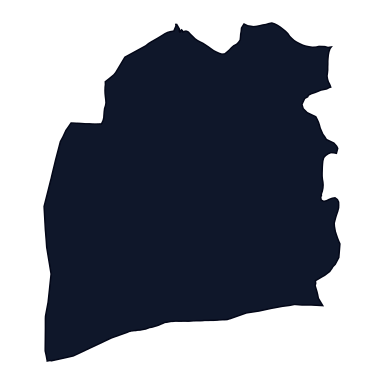 outline of Bani Qays, Hajjah, Yemen
{"feature_id": "15242507B13849727966000", "entity_name": "Bani Qays", "entity_type": "district", "adm_level": 2, "iso_a3": "YEM", "parent_name": "Yemen", "parent_adm1": "Hajjah", "projection": "mercator", "projection_center": [43.354, 15.631], "detail": "fine", "context": "isolated", "style": "filled", "palette": "ink", "viewbox_px": 384, "rotation_deg": 0, "n_neighbors": 0, "source": "geoboundaries", "source_scale": "gbopen_adm2", "svg_char_len": 4262}
<svg xmlns="http://www.w3.org/2000/svg" viewBox="0 0 384 384"><path d="M71.1,123.0L67.8,127.8L66.0,130.3L62.9,137.0L60.4,141.6L58.1,150.4L55.7,159.5L54.7,163.7L53.4,169.0L51.6,176.5L51.3,178.0L50.3,181.8L47.8,191.8L44.1,206.4L44.2,208.6L45.4,230.2L45.6,232.4L46.3,241.3L46.7,247.2L47.4,251.4L48.6,258.8L49.5,264.1L51.1,274.0L50.0,284.4L49.4,290.3L48.1,302.3L46.2,312.4L45.7,315.1L45.5,316.2L45.4,318.5L45.4,328.5L45.3,339.2L45.2,348.5L45.2,350.9L46.3,355.9L47.2,360.8L47.2,361.0L50.0,360.5L51.4,360.8L65.0,357.8L73.3,355.9L111.5,337.9L127.5,332.2L129.2,331.4L130.0,331.3L131.0,331.0L131.3,330.9L132.6,330.8L133.9,330.6L135.2,330.6L136.5,330.4L137.9,330.1L139.2,330.1L140.5,330.0L141.7,329.7L142.9,329.5L144.3,329.2L145.7,329.0L146.9,328.5L148.1,328.1L149.2,327.6L150.5,327.4L151.8,327.2L153.6,326.7L154.8,326.3L156.3,325.9L157.0,325.7L157.4,325.5L157.5,325.5L158.7,325.1L159.8,324.6L160.9,324.1L162.2,323.6L163.6,323.0L164.8,322.4L166.1,322.3L167.4,322.1L169.4,321.7L171.0,321.4L172.1,321.4L173.5,321.3L175.3,321.1L176.9,321.1L178.5,321.2L179.3,321.2L179.8,321.2L181.5,321.2L182.9,321.1L184.1,321.1L184.5,321.1L185.4,321.1L185.7,321.1L187.2,321.2L188.5,321.2L189.8,321.1L191.2,321.0L193.3,320.8L194.5,320.8L196.0,320.7L197.8,320.7L199.1,320.7L200.9,320.7L202.7,320.6L204.5,320.4L206.3,320.4L208.3,320.4L210.4,320.3L212.0,320.3L212.9,320.3L213.8,320.3L215.6,320.2L217.4,320.1L219.3,319.9L221.2,319.8L223.0,319.7L224.8,319.7L226.5,319.6L227.0,319.6L230.6,318.4L230.6,318.5L246.5,312.9L259.1,311.0L271.0,308.4L273.7,307.9L273.8,307.9L282.4,306.3L289.6,305.4L294.5,304.4L302.2,305.0L311.4,305.0L322.7,305.6L318.4,298.4L318.2,297.6L317.6,294.5L316.9,291.6L316.0,288.6L315.1,285.6L315.7,283.4L315.4,280.7L322.0,276.8L324.7,275.3L327.3,273.3L329.7,271.5L331.3,269.1L331.7,268.7L332.9,266.6L335.2,264.3L338.8,257.5L339.5,249.1L339.9,243.9L338.5,240.7L337.5,238.1L336.5,235.2L335.6,232.4L335.4,232.0L334.9,229.2L334.4,226.3L334.2,223.1L335.0,220.0L335.8,217.0L336.7,214.2L337.7,211.3L338.6,207.8L338.6,207.4L338.7,205.2L338.6,202.1L337.4,199.6L335.0,197.8L332.1,198.3L329.2,199.4L326.6,200.7L323.8,201.4L321.2,200.1L320.7,197.3L321.0,196.1L321.4,195.8L321.4,195.6L321.3,194.1L322.3,191.1L322.9,188.0L323.1,185.0L322.9,182.2L322.4,179.3L322.1,176.1L322.1,173.1L322.2,170.2L322.3,167.1L322.5,164.0L322.8,160.9L323.7,157.6L325.6,155.5L328.2,153.7L330.9,152.6L333.9,152.8L336.4,153.3L337.7,148.4L336.7,146.3L333.9,143.1L326.4,139.5L324.6,136.6L323.4,135.0L322.8,134.2L321.5,131.2L320.9,129.8L320.2,128.2L319.4,125.2L318.9,123.6L318.5,122.4L317.3,119.7L315.8,116.8L307.1,112.6L303.2,108.7L301.9,104.4L304.7,98.4L307.7,96.8L308.4,95.2L311.3,93.7L315.0,92.5L318.0,91.3L320.8,90.1L323.8,89.5L326.7,88.9L329.3,87.5L330.7,87.1L329.7,84.5L328.3,81.8L327.5,79.1L327.0,76.0L327.4,73.1L327.7,70.1L327.7,66.9L327.8,64.1L327.8,61.0L328.0,58.0L328.3,54.9L328.9,51.8L330.0,48.6L331.2,47.0L328.0,47.5L324.9,46.6L322.0,46.5L319.0,46.4L316.1,47.1L312.5,47.3L309.2,46.8L305.7,46.1L302.8,45.2L299.6,43.7L296.5,42.1L294.0,40.5L291.6,38.3L289.6,36.3L287.8,33.6L285.4,31.2L282.9,29.2L280.2,27.1L277.4,25.3L274.6,23.9L271.8,23.0L268.8,23.6L266.0,24.5L262.7,25.0L259.9,25.7L256.3,26.4L253.4,26.7L250.5,26.2L247.7,25.8L244.0,24.0L241.5,28.0L241.2,31.4L240.7,34.2L240.5,37.1L240.2,40.0L238.5,42.4L236.7,44.2L236.4,44.4L233.7,45.8L231.5,47.7L229.5,49.9L227.2,51.9L224.8,53.9L221.9,54.2L219.1,53.3L216.0,51.9L213.5,50.6L211.1,48.9L208.5,47.0L205.5,45.0L202.9,43.3L200.0,41.9L197.4,40.5L195.0,38.8L192.7,36.5L190.3,34.2L188.3,32.0L186.8,31.3L185.9,31.1L184.7,31.3L183.6,31.8L182.6,31.9L182.3,31.2L182.5,30.7L182.2,30.4L181.9,30.2L181.4,29.8L180.6,30.6L180.2,32.1L179.7,32.1L179.3,31.1L179.3,28.9L176.7,24.4L175.8,24.4L176.0,25.9L173.8,31.1L170.6,31.6L167.7,32.4L165.0,33.7L162.3,35.4L159.7,37.0L157.2,38.5L154.9,39.8L154.4,40.1L153.2,40.8L151.7,41.6L148.5,43.6L145.8,45.8L124.9,57.2L115.7,72.6L113.9,74.8L111.6,76.7L108.3,79.4L105.3,81.7L105.4,84.7L105.1,87.2L105.1,87.6L105.0,90.6L105.1,93.5L105.4,96.6L105.8,100.0L106.0,102.9L105.5,105.7L104.6,108.5L104.2,111.8L104.0,114.6L103.8,117.7L103.1,120.5L101.5,123.9L98.4,124.0L95.3,124.1L92.3,124.0L89.2,123.8L85.9,123.8L85.4,123.8L82.7,123.6L79.9,123.4L77.9,123.3L76.7,123.3L73.4,123.1L71.1,123.0Z" fill="#0f172a" stroke="#020617" stroke-width="1.5"/></svg>